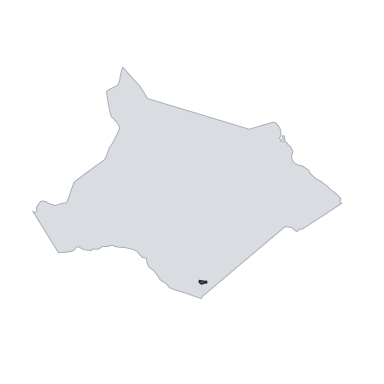 Awendo, Nyanza, Kenya shown in context, rotated 287°
{"feature_id": "3690345B13715496647196", "entity_name": "Awendo", "entity_type": "district", "adm_level": 2, "iso_a3": "KEN", "parent_name": "Kenya", "parent_adm1": "Nyanza", "projection": "natural_earth1", "projection_center": [34.547, -0.872], "detail": "fine", "context": "in_parent", "style": "filled", "palette": "slate", "viewbox_px": 384, "rotation_deg": 287, "n_neighbors": 0, "source": "geoboundaries", "source_scale": "gbopen_adm2", "svg_char_len": 3956}
<svg xmlns="http://www.w3.org/2000/svg" viewBox="0 0 384 384"><g transform="rotate(287 192 192)"><path d="M93.0,232.3L92.9,227.4L93.5,214.9L93.4,204.0L94.0,198.5L96.3,195.0L97.4,192.5L98.1,189.0L99.4,186.1L102.1,183.8L102.6,182.5L105.6,178.6L107.3,173.5L108.7,171.8L110.3,170.3L111.5,169.4L113.4,168.6L114.9,168.1L115.2,167.7L115.3,166.9L114.8,163.8L115.5,162.8L116.5,160.7L117.7,158.8L118.8,157.5L119.3,156.3L119.6,154.1L119.7,152.5L119.7,150.0L119.3,144.2L118.1,139.4L117.3,134.0L117.9,132.2L116.9,129.1L116.4,128.9L115.6,128.2L114.6,125.2L113.8,122.5L113.3,121.8L110.0,119.4L108.4,113.8L106.5,112.6L105.5,107.0L105.3,105.4L106.3,99.8L106.2,98.6L105.1,97.4L102.0,96.2L99.5,93.9L99.8,93.1L100.0,92.3L98.7,91.7L94.8,82.2L99.8,76.5L104.8,70.7L111.3,63.4L117.2,56.6L122.3,50.8L126.9,45.6L126.7,46.6L126.8,47.9L127.3,48.7L128.3,49.3L129.6,48.7L130.7,47.9L131.8,47.7L138.7,49.9L139.8,51.8L139.8,53.8L140.1,55.3L139.5,56.7L139.0,61.2L139.1,65.3L141.2,68.3L143.0,70.7L144.5,74.0L145.6,75.1L147.1,75.6L151.8,75.7L158.8,76.0L165.5,76.2L166.1,76.2L167.5,76.7L173.7,81.2L179.4,85.3L184.1,88.9L188.8,92.4L193.3,95.8L196.8,98.6L200.3,99.5L205.9,99.9L209.8,100.0L213.4,101.2L218.7,102.3L222.7,102.9L225.1,103.5L231.8,104.2L232.9,103.8L235.9,100.7L239.1,95.6L240.4,92.8L244.7,90.0L252.2,86.1L257.5,83.4L263.3,80.7L266.0,83.1L269.7,86.9L271.3,88.8L272.7,89.6L274.7,90.1L277.1,90.2L278.4,90.1L281.1,89.6L287.5,89.1L291.1,89.2L288.1,94.2L284.4,100.3L277.7,111.5L272.6,117.4L268.7,121.8L268.3,122.6L268.4,127.6L268.4,139.7L268.5,163.9L268.6,188.1L268.7,212.3L268.7,224.4L268.8,228.5L272.2,233.6L275.5,238.6L279.9,245.2L282.2,248.7L282.6,249.9L282.5,252.2L278.9,257.2L275.9,259.4L271.9,260.5L270.7,260.3L269.1,259.6L268.5,260.7L268.1,262.6L267.2,262.2L266.5,261.7L266.9,264.9L267.3,266.6L266.7,268.7L264.8,270.6L264.6,272.3L260.4,276.5L254.4,277.0L251.3,279.1L249.9,280.8L248.9,284.5L249.2,290.3L247.6,294.7L247.2,296.9L244.2,299.8L242.8,302.4L241.8,305.1L240.9,306.3L239.9,312.3L238.4,316.0L238.0,317.2L237.7,318.3L236.6,320.4L235.8,321.9L235.3,322.9L231.7,332.2L228.8,336.5L226.6,336.0L225.1,337.6L225.0,338.4L224.2,337.9L222.4,336.4L218.5,333.2L214.7,330.0L210.9,326.9L207.1,323.7L203.3,320.5L199.5,317.3L195.7,314.2L191.9,311.0L189.7,309.1L188.7,308.0L187.9,305.8L187.5,305.3L186.5,304.6L185.3,304.4L185.0,304.0L185.0,303.0L185.4,301.4L186.8,298.5L187.0,296.8L186.7,294.9L186.2,291.7L185.9,291.0L183.3,289.4L178.1,286.0L172.8,282.6L167.5,279.1L162.2,275.7L156.9,272.3L151.6,268.9L146.3,265.5L141.0,262.0L135.7,258.6L130.4,255.2L125.1,251.8L119.8,248.4L114.5,244.9L109.2,241.5L103.9,238.1L98.6,234.7L96.6,233.4L94.9,232.3L93.0,232.3ZM269.1,265.5L268.2,265.8L268.7,264.1L271.4,262.0L272.5,262.5L272.7,263.0L272.7,263.4L272.2,263.9L269.1,265.5Z" fill="#d9dde1" stroke="#a8b0b8" stroke-width="1"/><path d="M110.8,231.8L110.7,231.7L110.6,231.4L110.4,231.3L110.4,231.2L110.5,231.2L110.4,231.0L110.4,230.9L110.3,230.7L110.2,230.6L110.2,230.4L110.1,230.2L110.1,229.9L110.1,229.7L109.9,229.4L109.9,229.2L109.9,228.9L110.0,228.8L110.0,228.7L109.9,228.6L109.9,228.4L109.9,228.2L109.9,227.9L109.8,227.7L109.9,227.4L109.8,227.2L109.7,227.2L109.6,226.9L109.6,226.7L109.4,226.6L109.5,226.4L109.5,226.2L109.6,225.9L109.6,225.7L109.5,225.4L109.5,225.2L109.4,225.2L109.2,225.2L108.9,225.0L108.9,224.9L108.8,224.7L108.7,224.5L108.7,224.4L108.7,224.5L108.6,224.8L108.4,225.0L108.2,225.2L108.2,225.3L108.0,225.5L107.9,225.6L107.7,225.8L107.6,226.0L107.4,226.1L107.4,226.3L107.3,226.5L107.2,226.7L107.2,226.8L107.1,227.0L107.0,227.3L106.9,227.5L106.9,227.8L106.9,228.0L106.9,228.3L107.0,228.4L107.0,228.5L107.3,228.7L107.3,228.8L107.5,229.0L107.8,229.3L108.0,229.5L108.1,229.8L108.2,230.0L108.3,230.1L108.5,230.3L108.6,230.5L108.7,230.8L108.8,230.8L108.8,231.0L109.0,231.3L109.1,231.5L109.2,231.8L109.3,232.0L109.3,232.3L109.4,232.5L109.5,232.5L109.5,232.4L109.8,232.4L109.8,232.5L110.0,232.5L110.4,232.3L110.6,232.1L110.8,231.8Z" fill="#64748b" stroke="#1e293b" stroke-width="1.5"/></g></svg>